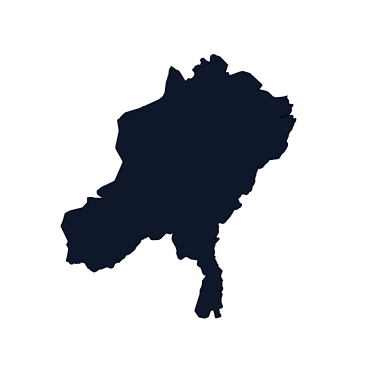 outline of Lapland, rotated 221°
{"feature_id": "FIN-3176", "entity_name": "Lapland", "entity_type": "Province", "adm_level": 1, "iso_a3": "FIN", "parent_name": "Finland", "parent_adm1": "", "projection": "orthographic", "projection_center": [25.412, 67.834], "detail": "fine", "context": "isolated", "style": "filled", "palette": "ink", "viewbox_px": 384, "rotation_deg": 221, "n_neighbors": 0, "source": "natural_earth", "source_scale": "10m", "svg_char_len": 6065}
<svg xmlns="http://www.w3.org/2000/svg" viewBox="0 0 384 384"><g transform="rotate(221 192 192)"><path d="M241.0,57.8L241.6,58.0L242.2,59.0L243.4,61.6L247.5,68.3L248.0,68.8L252.0,70.3L252.1,72.4L252.7,73.5L253.5,74.1L268.1,80.4L268.5,80.9L269.9,85.5L273.3,92.6L271.2,97.9L264.1,107.9L263.9,108.7L263.7,114.5L263.7,115.5L264.0,116.1L266.7,119.1L264.2,121.8L261.7,122.9L256.4,127.2L255.4,127.4L255.5,128.5L255.9,129.0L256.3,129.3L260.6,128.7L262.4,129.0L264.0,130.7L263.1,135.3L262.5,137.2L257.5,148.6L257.3,149.3L257.4,150.2L257.7,151.6L263.1,168.5L263.7,169.7L264.6,170.3L277.6,175.0L278.3,175.5L279.0,176.4L286.4,189.8L288.0,191.6L295.1,197.5L294.5,198.9L294.5,204.3L294.1,207.1L293.8,208.2L285.6,221.3L285.4,221.9L285.0,223.5L283.7,225.4L277.0,240.2L276.2,245.3L277.3,249.4L283.3,258.4L284.5,261.7L285.3,262.8L285.5,263.9L285.8,264.9L288.9,269.4L289.2,270.4L289.6,272.9L283.9,273.4L281.9,274.2L280.7,274.2L270.1,270.9L269.1,271.6L269.0,272.0L268.9,274.4L268.8,275.1L268.5,275.4L267.4,275.5L266.5,277.0L266.2,278.1L266.0,279.5L266.2,281.5L266.9,282.9L267.8,283.8L268.8,284.4L268.7,285.0L269.9,284.5L270.9,284.4L271.2,284.7L271.1,285.2L271.2,285.3L271.6,285.5L271.0,287.5L271.8,288.5L271.7,288.9L270.8,290.4L270.6,291.6L269.6,292.3L268.5,292.5L268.2,292.9L268.6,293.8L269.2,294.9L269.0,295.5L270.5,296.7L272.0,297.2L272.1,298.5L271.8,299.5L271.3,299.9L270.2,300.3L267.1,300.0L264.5,300.9L263.9,300.7L264.0,300.1L263.9,300.0L263.3,300.0L263.2,300.2L263.5,301.6L263.0,302.0L266.2,305.9L266.7,307.5L266.5,308.4L265.7,309.7L264.6,310.3L262.4,310.7L260.1,311.8L259.1,312.0L248.5,311.0L248.6,310.2L247.9,309.3L247.3,308.1L246.3,305.4L245.2,303.7L244.2,303.9L243.5,304.9L243.6,305.1L243.2,305.5L242.7,305.4L240.1,304.0L239.4,304.6L234.1,314.2L232.5,316.2L226.1,319.1L210.1,318.6L209.5,318.2L209.3,317.2L209.4,313.2L208.6,312.9L202.4,316.2L199.6,317.0L193.3,316.6L190.5,317.7L185.6,322.9L183.2,326.2L183.0,325.5L182.7,324.9L182.4,324.7L181.8,324.9L181.0,324.1L179.3,324.3L178.3,322.7L177.4,322.2L176.5,322.0L175.5,322.1L174.6,322.6L173.7,323.7L173.2,323.8L172.9,323.6L172.8,323.0L172.7,320.3L171.0,319.1L170.7,318.7L170.0,317.0L169.9,315.9L170.2,314.4L170.6,313.2L172.0,310.1L172.3,309.0L173.0,308.3L173.6,308.1L173.9,307.8L174.0,307.1L173.6,307.6L172.3,308.3L171.7,308.4L171.6,309.8L170.9,310.5L169.8,313.2L169.2,313.9L167.6,313.9L167.0,314.3L166.8,315.1L166.4,315.5L165.2,314.9L164.2,313.5L163.3,313.0L162.3,312.2L162.6,313.0L162.6,313.9L162.4,314.7L162.0,315.1L161.5,314.8L161.1,314.1L160.5,312.6L160.5,311.1L159.6,309.4L159.1,307.0L158.0,304.7L158.1,302.4L157.3,298.6L156.2,297.2L154.8,292.6L154.3,291.9L151.8,290.9L151.0,290.1L150.4,289.0L149.6,286.0L149.5,284.5L149.2,283.1L149.1,282.4L149.5,280.5L149.5,279.6L149.3,277.1L148.9,276.0L148.8,275.3L149.1,274.0L149.7,273.1L151.0,272.3L151.0,271.4L152.4,270.5L152.9,269.9L152.9,269.3L154.7,267.9L155.0,266.9L155.0,265.9L154.8,263.8L155.3,261.7L155.4,260.5L155.4,259.3L155.2,257.1L155.2,256.7L156.0,255.4L156.4,254.3L157.5,254.2L157.8,254.0L157.9,253.5L157.0,250.1L156.4,248.5L155.1,246.3L153.8,243.2L153.2,242.4L152.1,241.7L151.6,240.7L150.7,238.2L150.5,235.8L148.6,232.5L148.5,231.3L149.1,230.3L149.5,228.9L149.1,228.6L149.0,228.2L149.1,227.1L149.3,226.1L149.8,225.6L152.4,224.4L153.1,223.5L153.6,221.6L152.9,221.1L152.9,219.7L153.2,218.0L153.3,216.7L153.0,216.2L151.0,215.7L149.4,214.6L146.7,215.1L146.0,214.0L145.8,212.6L146.1,211.4L146.6,210.4L147.1,209.2L146.9,208.4L148.3,207.2L148.7,206.6L148.7,205.2L148.6,204.2L148.1,202.6L147.7,199.3L147.5,198.3L147.5,197.6L147.6,194.1L147.5,191.4L147.6,190.0L148.1,188.9L148.8,188.3L150.4,187.8L151.2,187.2L151.8,186.0L151.8,185.0L151.4,184.2L149.9,183.6L148.0,181.0L145.8,178.8L144.8,174.2L144.3,173.1L143.5,173.1L141.6,174.4L141.1,174.4L140.8,173.9L140.8,173.3L141.1,171.0L141.1,170.5L140.9,170.1L141.1,168.7L140.8,167.7L139.8,166.4L139.5,165.8L139.3,164.3L139.0,163.8L135.8,161.4L135.2,160.5L134.4,158.4L133.8,157.8L132.5,158.3L131.3,156.4L130.7,155.7L129.5,155.8L128.6,155.1L127.7,154.9L126.3,154.1L124.6,153.8L124.5,153.7L124.5,153.1L123.0,152.4L117.9,152.1L117.2,151.4L117.3,150.3L116.8,149.7L115.8,147.8L114.9,146.5L111.0,145.1L110.7,143.2L109.5,142.3L107.7,140.2L106.1,139.6L105.4,138.8L104.7,136.4L104.5,135.1L104.0,134.8L102.3,134.5L102.1,133.8L101.7,133.3L100.6,130.7L97.7,127.4L94.3,125.7L93.9,124.9L94.0,123.7L94.7,123.4L95.1,122.5L95.2,121.4L94.8,120.5L93.8,120.1L92.4,118.5L89.9,117.9L88.9,116.8L91.2,113.2L91.8,112.9L97.6,117.1L98.4,117.5L99.1,117.1L100.5,114.6L98.2,108.8L99.4,106.0L99.9,105.4L104.6,102.6L111.4,104.3L111.9,104.8L118.6,120.2L121.4,123.7L121.6,124.4L121.9,125.9L122.1,126.6L123.6,129.7L125.2,131.3L125.5,131.9L125.8,137.3L126.0,138.4L126.4,138.6L128.9,137.8L129.5,137.8L130.1,137.9L135.5,141.1L139.1,140.6L140.3,141.0L140.8,141.6L142.4,144.6L142.9,144.8L149.2,141.0L152.6,140.5L154.7,139.4L155.5,137.0L156.0,134.4L157.4,133.4L159.1,133.5L163.4,136.0L164.0,137.3L164.5,137.9L167.6,140.1L174.8,142.7L176.7,144.4L178.3,147.1L179.0,148.9L179.4,149.4L180.0,149.3L180.5,148.5L181.0,146.4L181.7,145.8L182.2,145.9L183.6,144.9L184.6,144.5L185.0,143.9L185.2,142.7L185.0,142.2L185.0,141.8L185.2,141.0L185.3,138.2L185.4,136.9L185.7,135.7L186.5,134.1L190.5,130.4L191.5,129.8L192.5,129.6L195.1,130.5L195.7,130.4L196.2,129.8L197.1,127.3L197.8,126.3L198.0,125.7L198.1,124.9L198.4,124.2L199.2,123.3L199.4,122.5L199.4,122.1L198.6,121.0L198.6,120.3L198.2,119.3L198.2,119.0L198.4,118.0L198.4,116.0L198.6,115.3L198.7,114.8L197.9,111.5L197.9,109.9L198.7,105.0L198.9,104.2L200.8,100.7L200.0,97.9L200.5,96.5L201.0,95.7L200.9,94.3L201.1,93.6L201.4,92.9L200.9,91.8L201.2,91.1L202.5,90.1L203.0,89.1L203.4,87.8L203.4,86.4L202.9,85.0L202.5,84.5L202.4,83.9L202.8,82.6L203.3,81.7L203.9,81.3L207.3,80.1L208.7,77.5L209.7,75.3L211.7,72.9L212.3,71.6L212.1,70.6L213.0,69.0L213.3,67.9L214.0,67.5L217.5,66.8L218.9,67.2L220.8,66.6L221.4,66.8L222.6,67.6L223.7,67.4L225.3,68.6L225.7,68.6L229.9,66.8L230.7,65.7L230.1,65.0L230.3,64.5L231.3,64.1L232.5,62.4L234.9,61.1L235.0,60.0L235.8,58.7L236.9,58.3L239.5,58.8L241.0,57.8Z" fill="#0f172a" stroke="#020617" stroke-width="1.5"/></g></svg>